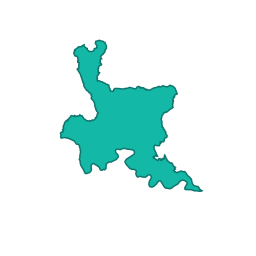 the district of Lithipeng, Mohale's Hoek, Lesotho, rotated 53°
{"feature_id": "5366337B6317633557829", "entity_name": "Lithipeng", "entity_type": "district", "adm_level": 2, "iso_a3": "LSO", "parent_name": "Lesotho", "parent_adm1": "Mohale's Hoek", "projection": "albers", "projection_center": [27.697, -30.239], "detail": "fine", "context": "isolated", "style": "filled", "palette": "teal", "viewbox_px": 256, "rotation_deg": 53, "n_neighbors": 0, "source": "geoboundaries", "source_scale": "gbopen_adm2", "svg_char_len": 5888}
<svg xmlns="http://www.w3.org/2000/svg" viewBox="0 0 256 256"><g transform="rotate(53 128 128)"><path d="M176.2,145.6L177.6,143.9L177.9,143.0L177.7,140.3L178.0,139.3L178.9,138.6L180.1,138.5L181.1,138.7L181.8,139.3L183.5,143.1L185.2,145.0L186.2,145.6L188.1,145.8L189.7,144.3L190.1,142.1L189.9,139.4L189.0,136.4L189.0,134.9L189.7,134.0L190.6,133.8L195.4,134.4L197.9,134.4L199.0,133.8L199.8,132.7L201.7,131.2L202.2,129.3L202.1,126.5L202.7,122.0L202.5,120.8L202.0,119.8L202.0,117.2L202.4,116.0L203.3,114.9L205.0,114.0L207.1,113.6L207.5,113.8L208.3,114.8L209.7,118.2L210.8,119.3L211.8,119.1L215.2,114.8L218.2,112.7L219.6,110.8L221.7,108.8L222.7,107.1L222.7,106.6L220.5,107.6L217.8,107.2L216.7,107.5L214.4,109.6L213.5,110.0L211.9,110.1L210.5,109.8L207.0,108.2L204.3,108.4L201.8,109.1L197.9,108.7L196.8,109.1L196.3,109.8L196.2,110.4L194.3,111.4L193.7,113.3L193.7,114.2L193.3,114.6L193.3,115.6L192.9,116.1L191.6,116.4L190.6,117.4L189.7,116.4L189.3,116.7L189.4,115.0L188.7,114.9L188.3,115.2L187.7,114.6L187.8,113.9L185.8,114.6L182.6,114.0L181.5,114.8L181.3,115.5L178.8,115.8L178.2,116.4L176.5,115.8L174.6,115.7L173.3,115.2L171.8,115.0L172.3,115.9L174.5,118.0L173.2,118.7L173.1,119.4L173.6,119.6L174.1,120.6L173.9,121.1L173.2,121.2L172.6,120.8L172.0,121.2L171.6,121.0L171.5,121.9L171.1,122.2L171.9,122.9L171.6,124.1L170.7,124.2L167.3,125.6L166.5,125.5L166.1,124.8L167.0,124.1L166.5,122.8L167.4,122.4L167.5,122.1L168.3,121.4L167.3,121.1L165.9,121.2L165.2,120.7L160.6,119.8L159.9,119.3L159.3,119.3L158.2,117.9L157.9,116.8L158.2,116.4L159.7,115.4L159.9,114.8L160.9,113.8L160.7,113.1L159.9,112.1L160.0,111.1L159.7,110.7L158.6,110.8L158.9,109.7L159.4,109.6L159.6,108.7L160.4,108.1L160.4,107.6L159.9,107.0L159.8,106.4L158.6,105.5L158.3,104.7L158.4,103.5L158.8,103.0L158.4,102.1L157.9,101.5L157.2,101.3L155.2,101.4L154.6,100.6L153.9,100.3L152.6,100.3L151.5,99.9L151.1,100.3L149.0,99.7L147.7,100.2L147.2,99.4L145.7,99.0L144.3,97.7L143.4,97.7L143.2,97.1L140.7,96.1L139.6,94.3L139.1,94.2L138.6,93.6L138.5,92.6L137.5,90.5L138.0,89.5L137.7,88.8L138.5,87.8L138.6,86.7L138.4,82.6L138.8,81.2L138.5,80.9L138.7,79.7L137.3,79.2L136.6,78.4L136.1,78.3L135.4,77.6L135.4,77.3L134.6,76.9L134.4,76.3L133.8,76.0L134.0,75.7L133.8,75.4L133.2,75.2L133.0,75.6L131.9,74.7L131.4,72.8L131.1,73.1L130.5,72.9L130.5,72.6L131.0,72.4L130.9,72.0L129.6,70.3L130.4,68.8L130.3,68.1L125.2,66.7L123.8,66.5L121.6,67.1L120.5,68.0L119.4,68.4L118.7,72.1L116.7,73.8L115.3,74.5L114.7,77.7L113.5,78.1L112.5,81.5L111.5,83.5L111.2,85.4L111.3,86.1L110.3,88.8L108.3,89.9L108.5,90.3L107.5,90.6L107.6,91.1L105.3,91.3L105.1,92.0L104.0,92.6L103.9,93.8L102.7,93.7L102.6,94.1L101.6,94.2L100.9,95.1L100.7,95.8L101.2,97.4L101.2,98.4L100.8,99.0L96.7,102.1L96.3,102.9L96.2,104.1L95.4,105.2L95.4,106.1L94.6,106.5L93.7,109.0L93.0,109.5L90.5,112.1L88.5,114.8L88.7,116.2L89.9,117.6L87.8,119.8L86.6,119.0L84.6,118.7L82.2,117.6L80.9,118.1L79.9,119.2L78.8,119.3L76.5,120.6L75.9,120.6L74.7,121.8L73.2,122.4L72.7,122.8L72.1,124.1L71.5,124.0L70.8,123.4L70.2,123.3L69.8,122.9L69.8,122.4L68.5,121.9L67.9,121.1L67.9,120.4L67.7,119.9L67.3,119.8L67.2,118.4L66.8,118.4L66.6,117.4L65.2,118.2L64.5,117.3L62.5,116.2L62.6,115.6L61.6,114.9L61.1,113.1L61.6,111.1L60.7,110.7L59.3,111.2L58.8,111.0L58.5,110.1L57.8,110.1L57.5,109.5L56.5,108.8L56.3,108.0L56.8,107.5L54.5,107.0L54.2,106.3L54.3,106.0L54.1,105.6L54.1,103.5L53.5,103.0L53.7,102.5L53.6,101.4L53.2,101.1L52.9,100.2L52.2,99.9L51.5,97.6L50.0,96.1L45.9,95.0L45.9,95.3L43.7,95.8L42.0,97.4L40.8,98.0L39.4,101.6L40.7,103.1L43.7,103.4L44.6,104.3L45.2,104.5L44.9,106.1L44.3,107.1L45.6,108.8L45.4,110.4L43.7,112.8L40.9,113.5L40.0,112.7L38.0,113.6L35.8,113.7L35.2,113.0L34.9,113.8L35.0,114.6L34.7,115.1L35.1,116.0L34.8,116.7L34.2,117.3L33.9,118.4L33.3,118.7L33.7,119.9L33.5,120.3L33.7,122.4L33.4,122.7L33.5,123.2L34.2,123.5L34.4,123.8L33.9,124.0L34.1,124.5L35.0,125.1L35.4,126.1L36.6,126.6L37.8,126.7L38.1,127.0L39.1,126.6L40.0,125.5L41.5,125.8L42.4,126.3L43.3,126.4L43.8,127.5L45.5,128.6L45.8,128.4L45.5,127.8L46.6,127.9L47.7,128.7L47.9,129.3L50.4,131.1L50.3,132.8L50.9,133.4L51.7,132.7L52.7,133.4L56.1,133.6L65.1,136.7L65.7,136.4L67.9,138.0L68.8,138.1L73.2,138.4L73.7,137.8L76.3,137.8L76.8,137.4L78.0,137.4L78.8,136.8L80.0,138.0L81.2,138.1L82.3,139.6L86.1,139.3L88.7,140.1L91.3,141.6L93.0,141.9L93.4,142.4L96.2,142.9L97.9,142.6L98.7,144.7L100.1,145.9L100.2,147.5L100.6,147.4L101.0,149.2L101.1,150.5L100.9,151.1L100.1,151.7L100.0,153.9L99.1,154.1L98.9,155.0L97.6,156.3L96.2,157.0L94.9,157.2L94.5,157.6L90.5,157.4L90.3,157.9L89.4,158.4L88.5,158.5L88.9,159.8L88.0,160.9L88.0,162.0L87.1,162.4L87.0,163.5L86.7,163.5L86.6,163.0L85.8,163.2L86.1,164.1L84.2,165.5L84.0,166.8L84.7,167.4L84.7,168.5L85.2,170.5L84.8,171.2L85.3,171.8L86.0,171.8L86.0,172.1L85.3,172.5L85.0,173.6L85.8,175.8L86.5,176.2L87.5,178.5L88.5,179.0L88.9,179.7L89.5,179.6L89.9,180.3L90.0,181.2L90.9,181.3L92.0,182.4L91.8,182.7L91.3,182.6L91.6,183.5L91.3,184.4L91.4,184.9L92.1,185.4L93.0,185.4L94.6,187.1L95.5,187.5L96.2,187.0L96.5,186.0L97.7,184.1L101.1,181.3L106.2,178.7L109.7,178.9L111.6,177.3L112.8,177.4L113.5,177.9L115.8,178.7L117.3,179.7L118.2,179.9L121.5,183.4L122.8,184.3L123.9,185.9L125.4,185.9L126.9,187.1L129.8,188.2L134.3,188.6L138.0,189.5L138.7,189.3L139.2,189.0L140.4,185.7L140.3,184.3L139.9,183.1L139.1,182.1L136.7,180.8L135.5,179.5L135.1,178.1L135.6,176.9L141.3,174.7L142.6,174.7L144.8,175.3L146.0,174.4L146.4,172.3L147.3,171.9L147.3,171.5L147.1,170.0L144.0,167.4L143.5,165.9L143.8,163.6L145.2,161.6L145.2,160.5L146.1,156.4L145.3,153.1L143.3,152.2L140.4,152.6L138.5,151.7L138.0,150.6L138.5,149.0L140.6,147.3L141.1,145.0L142.2,143.0L144.3,141.4L148.0,137.6L149.4,137.1L150.6,137.0L152.0,138.1L152.6,139.2L152.0,147.6L152.3,149.3L153.0,150.6L153.9,151.0L156.2,151.3L161.3,150.9L163.3,149.9L164.5,148.1L166.9,147.2L167.8,147.4L168.8,149.0L170.7,149.8L172.6,150.0L173.1,149.6L173.8,147.5L176.2,145.6Z" fill="#14b8a6" stroke="#0f766e" stroke-width="1.5"/></g></svg>